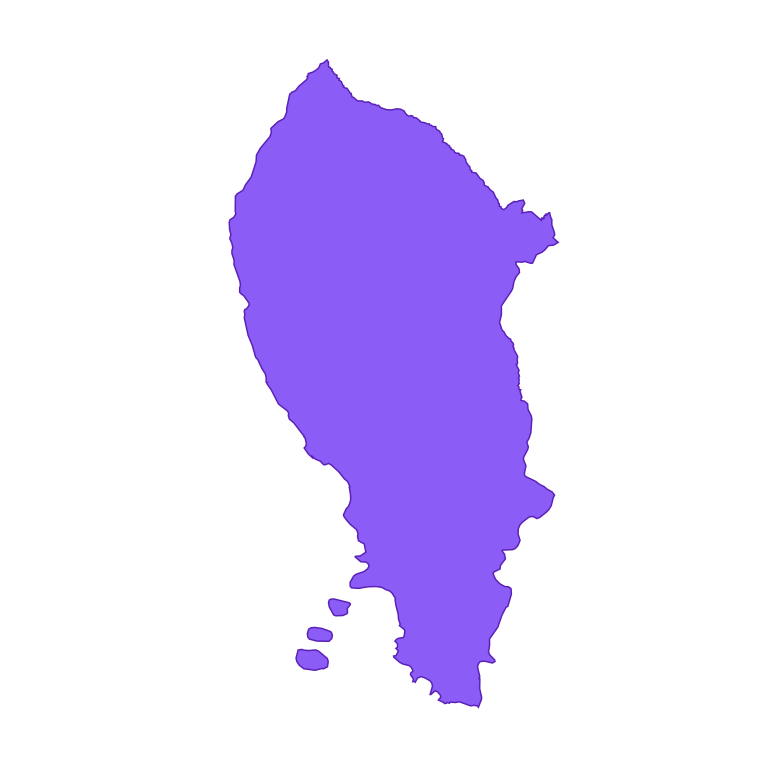 the district of Lombok Utara, Nusa Tenggara Barat, Indonesia, rotated 286°
{"feature_id": "22746128B90862663975631", "entity_name": "Lombok Utara", "entity_type": "district", "adm_level": 2, "iso_a3": "IDN", "parent_name": "Indonesia", "parent_adm1": "Nusa Tenggara Barat", "projection": "robinson", "projection_center": [116.286, -8.345], "detail": "fine", "context": "isolated", "style": "filled", "palette": "violet", "viewbox_px": 768, "rotation_deg": 286, "n_neighbors": 0, "source": "geoboundaries", "source_scale": "gbopen_adm2", "svg_char_len": 6150}
<svg xmlns="http://www.w3.org/2000/svg" viewBox="0 0 768 768"><g transform="rotate(286 384 384)"><path d="M482.8,477.8L491.5,475.3L508.7,480.9L511.2,481.3L518.5,480.7L523.7,481.5L528.5,483.5L531.9,482.1L535.4,477.9L537.9,477.3L539.1,483.0L540.6,485.4L540.5,492.2L541.2,493.5L550.3,494.9L554.1,499.4L556.9,501.5L562.3,503.9L564.3,508.8L568.1,512.4L571.2,506.2L574.4,507.0L576.3,506.2L583.3,501.4L588.3,500.0L590.9,497.8L594.2,496.1L594.2,495.4L592.3,494.2L592.1,493.0L590.9,493.6L590.6,492.0L589.1,491.6L588.2,492.2L587.7,491.2L586.9,491.9L586.2,490.5L586.6,489.8L584.7,490.0L590.1,478.6L589.7,476.2L586.5,469.4L589.3,469.4L589.9,468.3L590.8,468.2L596.5,469.5L599.2,467.2L597.3,463.2L595.9,461.6L595.2,458.6L590.0,453.9L587.8,453.4L585.2,451.7L584.6,450.6L585.1,448.9L585.4,448.1L586.8,447.5L586.5,446.4L587.2,445.5L589.0,445.2L590.2,443.5L592.0,442.9L594.2,439.8L598.5,436.3L600.0,432.3L602.1,429.8L602.7,425.7L605.3,424.7L607.0,423.0L608.3,419.3L612.2,414.4L611.7,409.9L613.1,409.6L613.9,407.8L616.7,406.4L617.3,404.9L620.3,401.4L621.9,400.9L624.9,398.0L625.4,396.1L624.9,393.5L626.0,393.2L626.4,391.8L625.8,390.3L626.2,388.0L627.8,386.7L628.3,383.6L629.2,383.5L629.8,381.8L630.7,381.6L631.2,380.7L631.5,378.8L632.4,378.1L633.0,373.6L636.1,373.6L636.7,372.4L640.2,370.6L641.0,368.7L642.3,367.9L643.3,364.1L645.7,362.7L644.9,360.4L645.7,358.1L645.4,356.9L646.6,355.7L645.9,354.4L646.4,351.2L645.9,346.8L646.8,346.2L648.7,341.7L648.3,338.7L649.4,337.8L649.5,335.8L648.6,335.1L648.4,333.1L649.9,330.2L652.0,328.1L652.7,324.4L652.2,320.7L649.4,315.4L648.4,310.7L648.7,304.8L650.4,301.8L649.7,300.7L650.3,298.0L649.7,296.2L650.9,291.4L649.5,287.8L650.1,285.1L648.8,280.6L651.1,275.8L651.1,274.1L654.3,272.3L654.3,271.4L658.1,266.9L657.8,265.1L658.4,263.1L659.4,263.3L659.9,261.9L662.9,259.6L663.7,256.9L665.2,257.0L665.5,254.1L667.8,253.8L668.5,250.3L669.9,249.4L670.4,247.9L672.3,247.4L672.5,245.7L673.5,244.9L673.5,243.3L678.1,241.9L679.8,239.9L676.0,237.4L674.1,234.6L670.1,234.2L667.0,232.2L664.1,229.5L661.5,225.6L659.2,225.8L658.5,225.2L657.4,226.1L655.4,225.8L646.8,220.1L641.5,218.0L639.1,215.0L636.6,213.5L622.0,214.5L618.7,215.5L612.9,215.0L611.1,214.3L606.9,209.8L598.5,204.8L594.7,206.4L590.2,206.1L576.7,200.2L568.9,198.3L562.3,199.8L546.4,199.3L537.0,195.9L531.3,195.0L526.3,190.4L523.5,189.4L509.0,193.4L506.7,194.7L502.8,193.7L499.6,190.8L497.0,190.6L489.7,193.1L485.5,195.6L481.2,195.7L477.5,198.9L473.3,201.1L470.6,201.0L467.4,201.9L461.7,205.8L457.5,206.8L442.7,217.4L439.2,218.8L436.4,218.8L432.4,220.0L431.0,222.3L430.4,224.6L424.5,232.0L423.0,232.5L420.8,232.1L418.1,230.9L417.2,229.7L415.5,229.6L412.1,231.2L409.2,231.4L393.3,240.0L384.6,246.9L374.4,253.2L372.5,256.1L365.5,262.1L361.1,267.0L357.9,268.9L353.3,270.2L353.1,271.5L352.6,271.1L351.7,271.8L347.2,277.3L335.6,288.2L331.5,298.6L329.6,300.4L326.9,300.9L324.1,302.8L321.8,308.0L311.6,321.8L311.2,321.6L310.2,323.1L305.5,325.7L303.1,326.0L300.5,324.9L296.0,330.4L293.4,335.5L294.7,335.0L293.0,338.3L292.2,344.3L289.9,347.9L290.0,349.4L292.4,352.8L291.6,355.7L287.1,364.8L281.9,372.0L280.3,375.8L275.9,379.6L275.4,379.0L268.4,382.3L263.9,383.8L260.8,384.0L256.5,383.6L253.8,382.1L247.1,381.1L245.6,382.0L242.9,385.4L239.8,390.2L236.4,397.9L233.1,400.2L230.1,400.6L226.3,402.7L224.8,409.1L217.3,412.9L212.2,408.6L210.7,404.4L209.9,403.9L206.7,410.6L207.8,415.4L207.2,417.9L204.8,419.9L201.4,419.0L197.8,416.0L193.6,409.8L191.1,407.8L184.1,406.1L180.3,407.2L179.1,409.0L180.5,415.8L184.6,424.3L187.2,432.4L187.9,438.0L186.9,442.2L186.6,446.5L185.3,449.3L180.9,454.3L180.0,454.0L174.7,456.4L166.4,461.2L161.9,462.8L157.5,465.8L156.0,465.4L153.6,471.2L151.9,472.2L147.7,472.8L145.5,472.4L143.8,468.4L142.0,466.4L139.8,465.4L138.4,468.0L137.2,468.9L134.6,469.5L133.2,468.3L131.4,471.4L126.2,470.5L125.2,468.2L124.1,468.7L120.8,475.8L120.0,479.7L120.3,486.0L119.1,488.3L117.2,490.3L115.5,490.8L114.1,489.6L111.9,489.5L108.5,493.6L105.8,493.7L106.5,495.2L105.9,496.2L110.6,497.3L113.0,500.4L112.7,504.6L111.4,510.1L109.4,512.6L106.7,513.9L98.3,513.9L98.3,514.5L103.1,517.7L102.9,520.3L100.6,523.8L98.5,524.9L95.2,523.4L94.3,529.1L93.5,530.2L94.4,532.1L95.4,532.8L95.1,534.8L96.5,535.4L97.5,540.4L99.3,544.1L98.5,556.0L100.0,559.3L100.3,562.6L99.3,563.8L107.6,564.6L109.8,564.2L117.4,560.0L127.0,557.4L126.8,556.6L127.5,556.3L128.8,556.8L129.8,556.4L136.7,552.4L139.5,551.7L142.8,552.4L144.0,553.6L145.3,557.0L145.7,565.1L147.8,567.2L149.4,566.3L152.7,560.4L155.3,558.3L161.9,557.5L168.1,555.7L181.5,560.4L194.4,561.1L202.9,562.8L204.5,564.3L217.1,564.4L222.3,562.5L223.4,559.6L222.6,555.9L224.0,550.2L227.1,544.9L231.2,541.6L233.1,541.0L238.3,546.6L241.7,545.9L249.3,548.9L253.7,546.7L256.1,543.5L257.0,543.7L260.2,553.2L261.8,555.3L265.3,557.2L271.1,557.9L277.0,554.1L282.1,553.0L286.0,553.5L289.5,555.2L296.3,560.3L297.7,563.7L296.8,568.1L298.6,570.4L305.0,575.0L308.7,577.1L313.2,578.3L321.3,578.0L324.2,578.6L326.6,575.3L327.9,569.7L329.4,566.4L330.5,560.8L332.2,556.7L334.1,545.6L335.0,544.3L336.8,543.6L344.5,543.0L349.8,538.9L352.1,538.4L360.6,540.2L363.3,540.1L367.4,537.3L372.0,538.4L377.6,538.6L391.6,535.6L394.1,534.2L399.2,529.5L404.5,527.5L406.2,523.7L406.0,520.3L407.7,519.7L409.1,520.3L414.8,516.6L416.0,517.1L416.3,515.1L418.5,514.4L419.5,513.1L421.8,513.9L422.9,513.1L426.0,512.6L426.8,511.5L428.8,512.1L431.8,509.9L434.3,510.1L439.0,505.7L439.9,506.6L441.0,506.6L444.1,505.3L447.3,504.9L453.0,499.4L454.8,498.7L455.5,497.7L457.5,497.7L459.0,496.6L460.2,494.4L462.0,493.3L462.1,491.9L464.2,487.8L467.1,485.0L468.6,482.4L475.1,478.1L482.8,477.8ZM96.6,407.6L101.7,406.9L104.5,405.2L109.3,394.4L109.5,391.4L107.1,385.4L106.0,379.9L106.3,378.4L104.7,374.8L96.4,375.0L93.4,376.5L90.3,380.1L88.2,385.4L89.8,396.7L93.4,402.7L93.4,404.0L94.1,405.0L96.6,407.6ZM128.1,403.7L130.9,401.8L131.4,399.8L131.9,391.6L130.9,384.6L129.6,381.1L127.6,379.2L122.8,379.1L119.7,380.6L118.2,382.6L118.4,390.3L121.5,402.0L124.8,403.9L128.1,403.7ZM164.1,410.9L163.6,395.5L162.6,392.3L161.1,390.9L158.3,391.0L154.4,393.0L148.1,399.4L147.9,401.6L150.2,408.4L153.0,411.7L154.2,412.0L158.0,410.6L162.6,412.4L163.6,412.1L164.1,410.9Z" fill="#8b5cf6" stroke="#5b21b6" stroke-width="1.5"/></g></svg>